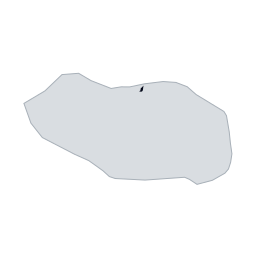 21, Ad Dawhah, Qatar (highlighted), rotated 278°
{"feature_id": "91078587B24677998302133", "entity_name": "21", "entity_type": "district", "adm_level": 2, "iso_a3": "QAT", "parent_name": "Qatar", "parent_adm1": "Ad Dawhah", "projection": "albers", "projection_center": [51.517, 25.298], "detail": "fine", "context": "in_parent", "style": "filled", "palette": "ink", "viewbox_px": 256, "rotation_deg": 278, "n_neighbors": 0, "source": "geoboundaries", "source_scale": "gbopen_adm2", "svg_char_len": 801}
<svg xmlns="http://www.w3.org/2000/svg" viewBox="0 0 256 256"><g transform="rotate(278 128 128)"><path d="M138.2,228.8L127.3,231.5L116.9,234.5L108.3,234.4L101.4,233.2L96.8,230.3L88.0,218.9L81.8,204.2L85.7,196.0L87.1,190.9L78.8,152.1L76.2,122.4L77.3,116.3L82.1,109.3L90.2,93.8L94.5,78.9L106.6,44.5L119.3,31.2L137.9,21.5L153.2,40.6L171.7,55.2L175.3,71.5L169.8,84.7L164.8,105.8L167.8,115.5L168.9,123.9L174.0,138.0L178.9,156.3L179.8,169.1L177.1,180.9L170.6,190.8L157.7,220.7L153.9,223.8L138.2,228.8Z" fill="#d9dde1" stroke="#a8b0b8" stroke-width="1"/><path d="M168.0,136.7L169.7,136.7L169.4,136.5L169.3,136.4L169.2,136.4L169.0,136.2L168.9,136.1L168.9,135.9L166.6,135.8L166.5,135.7L166.5,135.8L166.6,136.0L166.8,136.2L167.0,136.5L168.0,136.7Z" fill="#0f172a" stroke="#020617" stroke-width="1.5"/></g></svg>